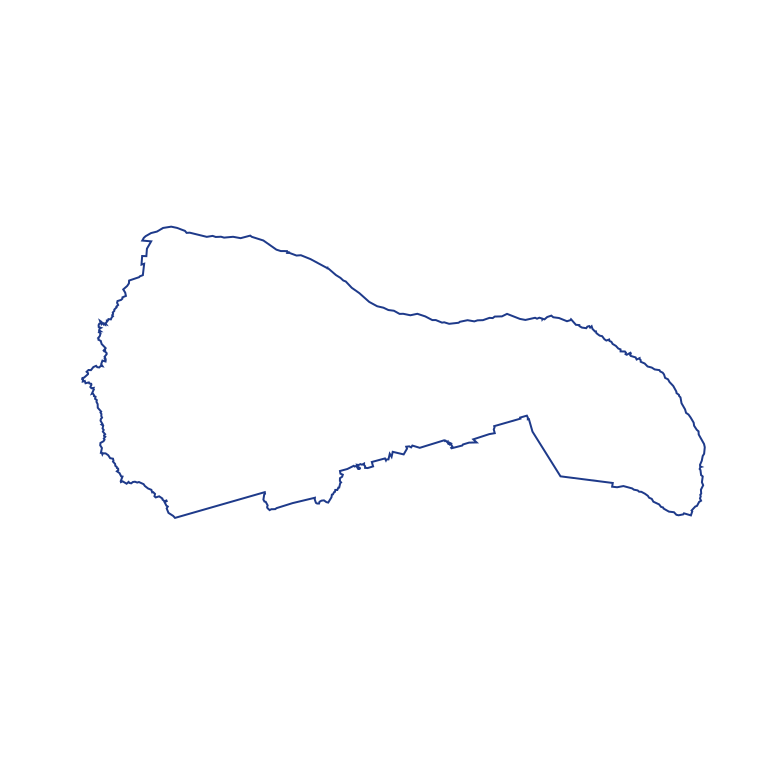 South Taranaki District, Taranaki, New Zealand (Albers equal-area conic projection), rotated 164°
{"feature_id": "76426892B20989652719934", "entity_name": "South Taranaki District", "entity_type": "district", "adm_level": 2, "iso_a3": "NZL", "parent_name": "New Zealand", "parent_adm1": "Taranaki", "projection": "albers", "projection_center": [174.317, -39.522], "detail": "fine", "context": "isolated", "style": "outline", "palette": "blue", "viewbox_px": 768, "rotation_deg": 164, "n_neighbors": 0, "source": "geoboundaries", "source_scale": "gbopen_adm2", "svg_char_len": 6154}
<svg xmlns="http://www.w3.org/2000/svg" viewBox="0 0 768 768"><g transform="rotate(164 384 384)"><path d="M125.2,173.1L122.8,176.6L123.2,177.6L118.6,180.4L116.7,180.6L113.6,183.8L111.4,184.4L111.8,187.0L110.6,188.5L110.5,190.3L109.3,191.2L108.5,195.0L105.1,198.7L105.5,201.9L103.1,207.3L104.3,209.1L103.5,214.0L104.0,215.3L102.8,216.9L101.8,216.9L102.8,217.7L102.5,219.2L99.7,222.6L97.5,226.9L95.5,228.7L93.1,234.8L92.9,238.1L95.4,248.7L94.7,251.8L96.0,253.8L97.4,258.4L97.0,261.5L98.5,267.3L99.7,270.7L101.6,273.0L101.6,276.6L103.3,283.5L102.7,289.4L103.6,291.1L103.5,292.3L105.3,294.6L105.1,296.3L106.5,302.4L109.0,307.2L109.7,310.2L112.1,312.4L112.2,316.0L113.0,318.1L115.0,319.9L115.4,321.4L119.8,323.4L122.1,326.0L125.8,328.2L127.8,331.9L131.1,334.6L130.7,336.3L131.4,337.5L131.2,338.4L134.4,337.9L134.8,340.2L139.1,343.0L139.4,344.0L138.3,345.4L138.5,346.1L142.6,345.2L143.6,346.1L142.8,347.4L143.5,348.9L147.6,350.1L147.1,352.1L149.0,353.5L150.6,356.7L153.2,359.5L153.8,361.9L155.4,363.2L155.3,364.7L158.3,364.5L159.8,366.3L161.1,369.8L163.4,371.1L165.8,374.3L165.8,376.2L166.7,376.3L168.4,379.5L168.5,382.3L170.3,381.4L170.8,383.1L172.7,383.1L174.2,381.9L178.2,383.7L180.2,385.8L180.0,386.8L183.2,388.0L186.4,394.7L187.2,394.0L190.8,393.9L197.6,399.2L202.9,401.5L204.3,403.6L208.6,403.4L211.9,401.9L213.5,402.9L214.0,402.5L213.9,403.3L216.4,404.9L218.9,404.6L220.5,406.0L230.4,406.6L235.4,409.1L246.4,417.5L252.0,416.5L259.0,418.3L261.3,417.4L264.4,418.5L271.3,418.1L276.5,419.4L279.9,419.3L286.1,422.3L293.9,422.9L295.4,422.3L304.8,423.9L309.1,426.7L311.3,427.0L316.6,431.2L319.9,432.1L325.7,437.6L332.6,442.3L339.7,442.8L346.2,446.2L349.7,447.1L354.3,451.7L359.4,453.9L363.5,457.5L369.1,460.6L375.6,467.0L382.7,478.2L388.5,485.4L392.5,493.1L394.6,494.7L396.6,498.0L400.2,502.0L405.5,510.1L406.5,510.7L406.3,511.5L407.3,511.7L420.2,524.3L428.4,530.7L432.7,531.6L438.8,536.1L440.3,536.5L439.5,537.0L440.9,537.8L440.7,538.5L446.5,540.2L450.4,542.8L460.4,555.2L470.5,561.9L471.7,563.5L481.6,563.7L488.5,567.1L497.4,568.8L500.1,570.5L505.2,571.7L507.9,573.6L513.8,574.3L529.0,583.0L532.1,583.7L533.1,586.0L539.9,591.1L545.2,593.9L553.4,594.9L560.2,593.1L566.3,593.3L572.4,591.8L574.6,590.7L576.8,588.5L568.5,585.3L574.6,579.4L577.2,572.4L581.2,573.7L584.2,565.6L581.4,565.7L585.8,555.1L589.1,554.8L589.9,554.2L600.5,553.7L601.5,551.0L603.9,549.0L608.6,546.8L607.6,543.2L607.8,539.8L611.5,539.4L612.0,538.1L613.6,537.3L617.3,537.2L618.2,535.6L617.8,533.2L619.9,532.2L619.9,531.4L622.7,529.9L623.1,528.6L625.0,527.5L625.1,526.0L626.3,525.1L625.8,523.9L627.4,523.1L628.7,521.4L631.0,522.3L631.9,521.1L632.9,521.4L633.1,520.3L635.0,519.0L634.7,518.1L635.7,518.9L635.8,518.2L636.6,519.3L637.1,518.6L638.0,520.3L638.8,519.7L638.5,521.6L639.6,523.0L639.5,520.4L641.1,520.4L642.1,519.3L642.5,517.4L640.6,516.0L642.0,515.7L643.0,514.2L642.0,512.9L643.1,513.2L643.8,512.4L642.5,510.8L644.1,508.3L646.1,507.0L645.8,506.6L646.3,505.3L644.4,503.5L644.4,500.3L641.7,495.2L644.3,493.4L643.9,492.6L642.9,492.8L643.1,492.0L642.1,490.1L642.4,489.1L645.1,487.2L644.8,486.4L645.4,485.7L644.8,484.9L645.8,483.8L645.0,483.5L645.5,482.4L648.2,484.1L650.4,481.0L649.7,478.7L651.2,479.5L653.2,478.4L655.0,479.2L655.7,480.8L658.7,480.4L661.9,478.1L664.2,478.9L666.5,477.7L665.5,476.0L665.9,475.0L670.6,472.8L672.2,472.9L672.8,472.0L672.1,471.3L672.9,469.4L670.8,469.4L670.7,467.0L667.3,466.9L667.1,465.8L665.4,464.9L665.5,463.8L667.1,462.1L666.4,460.6L664.3,460.3L664.9,459.6L664.4,458.8L667.5,455.2L666.5,455.3L665.8,453.0L666.1,452.3L664.8,451.3L665.8,449.4L664.5,447.7L665.3,446.1L664.8,443.6L665.7,440.1L663.5,435.4L664.4,434.7L663.9,433.1L664.6,431.1L664.3,429.4L665.8,428.4L666.6,426.8L665.6,423.0L666.6,422.8L665.4,421.4L666.8,418.8L666.1,417.1L667.4,415.7L665.9,412.6L667.3,411.8L667.4,411.1L666.5,410.1L668.4,408.8L668.0,407.5L669.4,406.3L672.8,405.5L673.7,403.3L672.8,400.2L675.1,395.9L674.2,395.6L674.1,394.0L673.3,394.9L670.7,394.0L668.7,391.5L667.7,388.2L665.1,386.9L665.2,384.8L665.9,384.1L664.5,381.3L664.8,379.4L663.8,378.1L663.9,376.9L662.9,376.0L663.2,374.4L664.8,373.7L662.8,371.3L662.1,367.7L660.9,367.1L663.9,363.1L663.9,362.2L662.1,362.5L658.9,359.1L656.5,360.3L656.0,359.1L654.4,358.2L652.4,359.0L650.3,358.7L648.4,357.3L646.6,357.3L642.7,354.0L642.0,351.9L639.6,348.6L636.8,346.4L636.7,343.7L635.7,343.7L634.4,341.5L635.6,339.3L634.7,337.9L631.1,338.0L628.6,335.0L628.8,334.0L627.3,331.8L625.3,332.0L625.2,331.3L627.5,330.9L626.7,327.0L625.6,325.8L627.2,324.3L626.7,319.5L623.0,315.3L621.8,312.9L528.4,312.9L528.6,311.3L529.6,310.8L531.8,306.1L531.3,303.9L530.2,303.4L529.3,299.4L530.3,297.9L530.2,296.8L528.7,294.3L526.8,294.7L523.1,293.7L521.5,294.3L504.7,294.7L481.8,293.7L482.4,292.2L482.2,288.6L481.2,287.5L479.4,287.0L478.4,288.6L476.2,289.1L473.8,288.7L471.9,286.3L470.3,285.4L465.7,289.6L464.6,292.0L463.5,292.0L461.8,293.8L460.8,293.9L460.0,295.6L458.1,295.0L456.4,297.0L455.6,296.8L453.4,300.8L452.4,301.2L453.1,303.0L452.3,305.6L449.8,306.4L448.6,308.2L450.6,309.8L450.3,312.5L442.7,312.4L435.6,313.7L435.0,312.8L433.2,312.9L432.2,309.4L431.2,309.1L430.4,309.4L430.4,310.1L431.8,311.4L432.2,313.8L430.6,313.1L428.8,313.5L427.4,312.5L425.1,313.0L425.5,311.6L424.8,310.1L425.3,308.6L422.9,307.7L417.2,307.8L417.2,312.4L403.6,312.2L403.2,310.0L402.5,310.8L400.5,310.3L397.7,315.3L396.8,311.9L394.3,316.4L384.5,310.9L379.7,315.5L379.9,317.6L376.9,317.1L375.4,315.6L373.7,317.0L367.2,312.8L341.7,313.3L341.2,312.4L340.4,312.6L339.4,310.9L338.5,311.2L338.5,309.3L339.3,308.4L337.9,308.9L337.6,308.2L337.0,309.3L335.7,308.1L336.2,307.3L335.4,304.6L337.0,304.1L336.8,303.6L325.7,303.3L324.8,304.1L318.4,304.2L311.1,302.3L313.4,306.2L296.6,306.8L291.1,306.2L291.0,310.1L289.7,311.8L289.7,313.1L262.4,313.1L262.4,314.2L255.4,314.2L255.0,312.0L255.5,310.4L254.4,310.3L254.4,297.3L239.8,246.6L191.4,225.8L193.0,222.4L188.4,220.5L182.0,219.9L174.2,215.2L173.0,213.6L169.5,211.8L168.5,210.2L166.3,209.4L163.4,206.6L161.2,203.8L160.5,201.6L158.3,199.8L157.5,196.6L152.7,192.4L151.6,189.6L149.7,188.3L149.6,187.2L145.3,182.8L140.6,180.8L139.0,177.7L137.0,176.6L132.3,176.2L131.3,177.0L125.2,173.1Z" fill="none" stroke="#1e3a8a" stroke-width="2"/></g></svg>